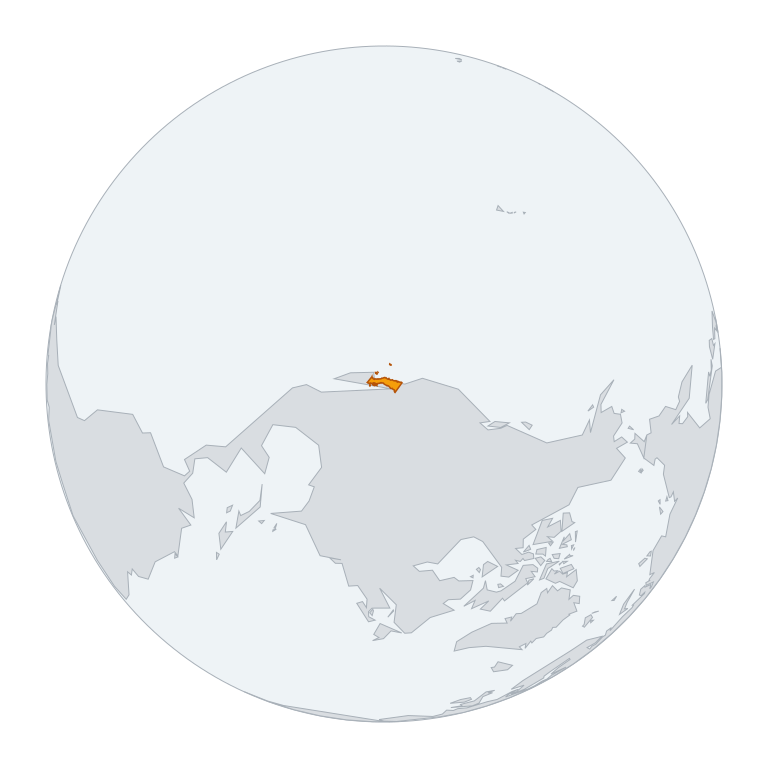 globe centered on Baja California, rotated 130°
{"feature_id": "MEX-2706", "entity_name": "Baja California", "entity_type": "State", "adm_level": 1, "iso_a3": "MEX", "parent_name": "Mexico", "parent_adm1": "", "projection": "orthographic", "projection_center": [-114.611, 30.356], "detail": "fine", "context": "on_globe", "style": "filled", "palette": "amber", "viewbox_px": 768, "rotation_deg": 130, "n_neighbors": 0, "source": "natural_earth", "source_scale": "10m", "svg_char_len": 13698}
<svg xmlns="http://www.w3.org/2000/svg" viewBox="0 0 768 768"><g transform="rotate(130 384 384)"><circle cx="384" cy="384" r="338" fill="#eef3f6" stroke="#a8b0b8"/><path d="M88.8,533.0L89.6,535.2L89.5,535.3L88.8,533.0ZM516.9,694.7L516.0,695.1L524.4,690.6L533.8,685.7L529.9,687.2L550.7,674.5L543.2,678.6L560.8,662.8L579.2,645.5L606.7,597.3L604.6,589.9L588.0,586.9L568.8,557.0L576.8,537.5L571.4,531.5L589.2,499.6L582.6,477.8L575.7,476.8L570.1,488.3L545.1,480.9L533.9,464.9L445.8,451.6L434.3,443.0L430.5,426.8L383.2,375.5L412.0,425.5L397.0,416.9L381.7,399.5L386.3,394.6L370.7,368.0L354.9,358.2L340.2,323.7L344.6,278.8L352.1,285.5L352.3,274.8L342.9,266.1L336.6,263.1L324.5,221.4L295.6,199.3L279.5,203.5L288.5,194.6L253.1,211.2L232.9,210.6L260.2,204.7L266.3,199.3L254.8,195.1L258.6,188.8L255.2,183.4L260.8,176.6L276.3,174.7L280.2,170.6L271.8,167.9L272.1,160.2L283.8,164.5L285.6,151.6L311.8,148.3L338.6,169.0L357.6,164.6L397.0,180.2L397.8,174.2L413.3,177.6L420.0,172.2L425.4,177.5L426.0,168.8L419.8,165.1L418.1,160.3L421.4,157.1L428.9,162.9L428.3,165.4L432.3,165.5L434.5,170.0L435.3,165.9L444.0,174.0L440.5,161.5L451.7,164.3L456.0,170.9L448.8,176.0L441.2,207.1L443.4,217.0L453.7,225.1L487.3,227.2L492.5,236.4L504.5,244.7L504.8,236.5L495.5,227.2L498.9,214.9L487.1,206.0L486.8,200.1L477.4,189.5L486.1,185.3L499.7,187.2L507.9,196.1L514.1,197.5L512.2,184.9L533.2,198.5L557.0,203.1L561.6,207.9L560.1,223.1L545.2,232.7L543.2,256.1L551.9,235.5L563.4,249.1L568.4,249.5L572.1,246.1L570.6,239.0L576.1,243.0L569.5,263.9L564.5,260.6L566.6,253.7L559.7,258.7L555.3,274.6L561.5,281.1L548.4,300.8L552.6,306.0L552.1,313.8L546.3,303.9L556.6,322.6L542.2,353.7L556.0,387.6L534.4,365.5L521.8,366.2L507.6,371.3L509.7,376.9L488.0,378.2L472.9,394.7L474.0,423.8L486.6,443.0L510.0,438.2L514.0,424.8L529.4,417.7L524.8,452.2L552.9,448.1L553.8,471.8L562.9,480.8L575.3,473.2L588.6,473.7L595.8,456.9L608.5,443.4L611.2,461.5L616.2,441.3L624.6,446.3L648.2,431.4L647.1,436.7L667.3,445.0L685.1,439.2L689.2,448.3L687.5,458.0L692.7,454.7L692.7,459.7L709.4,443.8L714.6,443.1L712.2,460.4L703.3,490.3L684.8,537.5L666.1,567.3L654.3,585.5L627.4,617.5L617.0,625.5L612.7,631.8L601.0,642.1L592.2,648.2L584.5,655.0L577.7,659.2L577.8,660.1L558.0,673.2L553.2,676.5L547.6,679.7L516.9,694.7ZM174.0,411.3L175.0,403.4L178.4,409.6L174.0,411.3ZM172.9,397.9L173.1,400.7L172.4,398.2L172.9,397.9ZM170.6,395.6L172.3,397.3L170.1,396.1L170.6,395.6ZM167.2,393.4L169.1,394.2L168.8,394.5L167.2,393.4ZM557.8,399.8L589.6,404.8L574.6,413.5L576.9,409.2L568.2,405.3L553.0,404.2L539.0,413.0L557.8,399.8ZM162.8,387.7L161.8,386.0L163.7,386.0L162.8,387.7ZM565.0,375.8L559.7,376.5L564.5,374.4L565.0,375.8ZM333.2,263.0L342.3,266.7L349.4,277.4L341.4,274.9L333.2,263.0ZM320.3,244.0L325.6,243.4L324.9,254.0L322.1,251.0L320.3,244.0ZM267.0,208.5L273.7,210.4L265.9,210.8L267.0,208.5ZM253.7,183.9L250.6,185.6L250.2,182.2L253.7,183.9ZM473.2,192.7L475.3,191.2L476.0,193.9L473.2,192.7ZM467.2,189.8L466.6,194.1L463.6,193.4L464.1,190.8L467.2,189.8ZM258.4,168.8L258.6,163.4L261.0,168.5L258.4,168.8ZM468.7,184.8L458.4,191.7L453.3,190.5L450.7,179.7L468.7,184.8ZM260.5,160.0L260.9,147.6L254.1,149.9L273.7,137.4L266.9,151.5L270.9,157.3L265.0,156.5L260.5,160.0ZM416.4,165.4L423.2,169.2L414.4,169.1L416.4,165.4ZM411.2,166.6L386.8,175.1L378.5,168.5L388.3,166.7L375.1,161.2L383.0,153.7L392.1,155.1L395.9,160.7L396.0,153.7L411.2,166.6ZM284.5,132.9L286.9,130.0L287.3,132.8L284.5,132.9ZM416.7,158.4L412.5,160.4L405.0,154.7L412.0,149.7L412.2,153.0L416.7,158.4ZM367.7,163.7L363.4,159.0L368.6,151.5L367.6,148.8L382.5,153.0L367.7,163.7ZM415.6,152.7L415.8,147.4L422.4,147.2L420.3,156.1L415.6,152.7ZM400.1,155.5L396.8,152.7L400.9,152.5L400.1,155.5ZM445.9,144.9L441.1,146.9L436.8,144.0L445.9,144.9ZM415.4,145.4L413.1,145.5L410.8,144.7L412.3,141.4L415.4,145.4ZM385.2,147.7L388.3,145.8L379.3,145.5L382.9,140.4L392.2,144.4L389.7,140.5L390.8,139.0L397.1,144.0L385.2,147.7ZM407.0,135.8L420.1,139.9L430.0,136.6L434.1,138.9L417.4,143.9L407.0,135.8ZM400.7,140.1L405.5,137.9L408.2,141.6L406.5,145.5L400.7,140.1ZM382.0,135.7L374.1,142.5L372.4,141.5L382.0,135.7ZM409.4,134.0L406.2,133.1L409.8,133.3L409.4,134.0ZM389.8,134.2L387.3,136.6L385.3,135.3L389.8,134.2ZM402.0,129.6L406.1,130.8L405.2,133.3L402.0,129.6ZM396.0,131.1L393.9,128.8L402.3,133.4L395.2,132.3L396.0,131.1ZM388.4,132.6L386.5,132.6L389.8,131.8L388.4,132.6ZM403.4,119.8L414.1,125.1L411.9,130.5L401.8,124.5L403.4,119.8ZM709.5,293.3L708.4,289.8L701.7,269.5L694.8,254.2L643.8,169.2L639.3,162.8L632.7,155.3L649.9,175.5L665.5,197.0L679.3,219.7L691.3,243.4L701.4,268.0L709.5,293.3ZM585.2,112.5L585.4,112.7L602.5,126.8L634.5,157.5L642.3,167.3L644.2,172.1L622.4,152.3L607.3,132.9L599.3,127.1L593.6,126.4L589.5,121.0L585.3,118.8L578.8,112.3L560.9,100.6L553.0,94.6L537.6,88.4L531.4,84.9L542.3,89.3L545.6,89.7L524.8,77.5L518.3,74.6L510.0,71.9L505.3,69.5L499.9,68.6L483.9,62.6L498.9,69.6L489.6,68.2L475.4,64.4L475.0,65.6L498.2,72.0L504.9,73.6L506.5,72.7L527.3,80.1L536.3,84.9L524.7,83.1L536.1,90.3L522.1,87.0L468.2,69.5L449.9,64.1L437.4,55.0L446.4,55.7L455.4,59.0L454.8,56.0L451.2,56.2L447.3,54.6L437.3,54.0L434.1,53.0L430.1,54.7L425.1,53.4L427.7,52.3L408.7,51.7L395.9,50.2L393.1,50.7L393.8,51.6L377.1,49.8L375.9,50.4L380.8,51.0L381.5,52.7L376.2,55.4L370.7,54.6L371.9,53.5L366.1,50.7L370.1,48.7L367.3,48.8L362.5,50.4L369.6,53.7L367.9,55.7L363.2,53.9L364.8,54.6L362.3,55.4L354.6,55.7L359.2,57.8L338.7,70.8L321.9,73.7L320.0,70.0L299.9,81.3L282.5,85.7L287.1,86.0L280.6,93.0L286.0,91.6L287.7,92.4L273.5,112.0L265.9,116.8L265.0,127.5L267.3,128.0L272.9,124.9L273.7,137.4L254.1,149.9L249.7,148.0L240.3,157.9L231.7,152.8L220.2,153.9L216.1,144.0L207.3,146.4L204.7,150.2L190.8,157.1L171.5,160.0L198.8,141.0L230.2,137.7L218.4,137.0L224.6,132.6L222.5,129.8L213.8,130.3L210.7,133.2L214.7,113.9L200.9,111.8L193.5,120.9L183.2,128.2L161.0,138.3L154.3,136.2L140.6,149.6L158.0,132.7L176.7,117.1L196.5,102.9L217.2,90.1L238.8,78.8L261.2,69.2L284.2,61.2L307.7,54.8L331.7,50.2L355.8,47.3L380.2,46.1L404.5,46.7L428.8,49.1L452.8,53.2L476.5,59.0L499.6,66.5L522.2,75.6L544.1,86.4L565.1,98.7L585.2,112.5ZM668.6,202.3L671.8,207.1L668.6,202.3ZM648.9,430.7L652.0,432.4L648.5,434.9L648.9,430.7ZM574.2,422.1L580.1,420.1L583.8,421.8L579.5,424.6L574.2,422.1ZM620.3,400.8L626.3,399.2L620.7,404.1L620.3,400.8ZM594.2,405.1L615.5,402.8L604.5,414.5L590.8,416.1L599.4,410.4L594.2,405.1ZM565.5,388.0L569.6,388.0L569.5,391.9L565.5,388.0ZM568.4,374.5L567.1,375.3L564.4,373.2L568.4,374.5ZM563.8,247.8L564.5,246.3L569.0,244.2L568.4,247.9L563.8,247.8ZM579.4,220.7L587.9,227.8L581.5,224.9L582.4,230.9L570.0,233.0L563.3,210.4L568.6,219.9L579.4,220.7ZM551.6,230.7L560.2,231.2L551.1,231.7L551.6,230.7ZM568.7,116.2L569.3,114.3L576.1,118.0L586.1,128.1L576.5,122.5L568.7,116.2ZM568.7,111.1L554.3,107.9L547.5,102.3L553.8,105.8L550.7,102.4L559.9,107.3L567.4,106.1L573.8,109.5L588.9,124.8L580.4,117.5L580.3,119.4L568.7,111.1ZM529.8,117.4L523.5,118.1L516.9,104.7L523.5,105.7L534.0,115.1L532.3,119.6L529.8,117.4ZM466.3,165.3L464.3,168.0L462.2,166.2L462.2,162.4L466.3,165.3ZM444.0,146.1L472.7,152.3L471.9,155.5L489.7,156.5L494.5,165.5L482.8,164.3L499.8,172.5L491.2,175.1L503.0,180.0L476.5,176.6L469.4,179.9L475.4,172.6L471.2,164.1L467.3,161.4L450.8,156.8L433.5,160.8L426.6,153.8L426.3,147.8L429.4,145.7L432.9,150.8L434.5,144.4L442.0,150.3L444.0,146.1ZM426.7,93.3L429.5,98.0L434.0,90.2L441.5,94.4L441.5,93.2L449.7,95.2L459.7,95.8L462.0,98.3L464.9,97.5L470.4,99.1L475.1,99.1L481.1,103.8L487.3,104.3L486.6,106.3L495.8,106.0L491.6,108.5L498.3,111.4L498.8,107.5L519.4,137.3L531.3,149.4L543.5,158.6L534.7,162.7L517.7,157.2L498.2,147.7L488.0,136.0L485.9,140.5L480.4,136.4L484.4,134.6L475.0,135.1L471.5,131.4L454.1,125.5L442.7,129.5L436.0,127.9L438.8,124.5L430.2,125.3L430.9,118.1L426.1,116.9L422.0,109.0L430.1,103.9L424.2,103.1L420.8,97.6L426.7,93.3ZM402.6,117.5L410.5,109.4L418.5,108.1L422.3,122.5L426.5,124.6L429.2,134.7L417.6,136.7L417.9,133.5L415.4,131.0L420.1,131.3L414.5,129.2L414.8,124.9L410.6,122.2L414.3,120.2L402.6,117.5ZM538.7,87.1L534.5,84.7L535.8,84.9L540.2,86.9L538.7,87.1ZM441.5,74.2L441.9,76.3L439.6,76.1L433.7,79.5L427.7,77.2L428.8,74.2L441.5,74.2ZM434.0,72.2L432.3,73.8L430.3,71.7L434.0,72.2ZM422.9,75.8L419.9,73.5L426.2,77.4L422.9,75.8ZM380.1,60.2L395.0,57.4L401.7,55.2L399.2,52.9L409.1,55.5L398.7,58.9L380.1,60.2ZM344.4,69.3L346.7,72.1L341.5,72.4L340.3,71.8L344.4,69.3ZM348.7,69.9L359.3,70.7L357.9,73.4L349.8,72.2L348.7,69.9ZM397.1,69.4L401.9,68.6L403.4,70.2L397.1,69.4ZM85.6,532.9L88.8,538.7L86.3,535.7L85.6,532.9ZM89.5,535.3L86.4,532.0L88.8,533.0L89.5,535.3ZM65.9,497.5L67.6,502.0L67.4,501.7L65.9,497.5ZM65.1,495.3L64.3,492.7L65.7,496.9L65.1,495.3ZM54.1,457.1L54.0,456.7L54.6,459.2L54.2,457.5L54.1,457.1ZM51.6,445.1L51.0,441.5L52.9,451.6L51.6,445.1ZM122.1,170.4L125.3,166.6L122.5,170.2L120.4,172.7L120.9,171.9L122.1,170.4ZM130.0,161.1L125.1,167.7L129.3,163.8L128.7,166.7L136.6,159.7L138.0,160.2L129.3,168.9L117.2,179.7L123.1,169.6L127.0,164.5L130.0,161.1ZM140.3,156.5L153.8,148.1L146.2,158.7L141.5,162.9L138.5,162.1L142.7,156.4L140.3,156.5ZM154.9,149.4L159.1,144.2L187.8,126.0L192.0,125.1L166.1,143.1L168.7,139.4L162.9,142.3L154.9,149.4ZM283.5,130.0L286.6,130.0L283.1,131.9L283.5,130.0ZM290.8,91.5L292.6,93.0L288.5,94.8L290.8,91.5ZM295.2,98.2L298.7,95.1L297.3,98.7L295.2,98.2ZM305.9,88.4L301.1,94.0L302.4,88.3L305.9,88.4Z" fill="#d9dde1" stroke="#a8b0b8" stroke-width="1"/><path d="M383.4,370.1L383.4,370.4L383.2,370.6L383.0,370.8L383.1,371.1L383.0,371.3L382.9,371.4L382.5,371.4L382.4,371.5L382.2,371.9L382.2,372.2L382.2,372.3L381.9,372.6L382.1,373.1L382.3,373.5L382.2,373.8L382.3,374.0L382.4,374.8L382.1,374.7L381.9,374.5L382.0,374.8L382.3,374.9L382.5,375.1L382.8,375.4L382.9,375.5L383.0,376.0L383.2,376.3L383.1,376.5L382.9,376.7L382.8,377.1L382.8,377.9L382.7,378.3L382.7,378.6L382.6,379.2L382.6,379.5L383.0,379.9L382.9,380.0L382.9,380.3L383.4,380.5L383.5,380.7L383.5,381.0L383.6,381.3L383.5,381.5L383.5,381.9L383.6,382.1L383.6,382.3L383.8,382.8L383.8,383.0L383.9,383.4L383.9,383.6L383.9,383.9L383.9,384.0L383.8,384.4L383.9,384.5L383.7,384.9L383.8,385.0L383.9,385.4L384.0,385.4L384.2,385.7L384.2,385.8L384.4,386.3L384.7,386.4L384.7,386.6L384.8,386.6L385.0,386.8L385.0,387.0L385.1,387.4L385.3,387.5L385.5,387.6L385.7,387.4L386.1,387.6L386.3,387.9L386.6,388.1L386.8,388.3L386.9,388.5L387.0,388.5L387.7,389.1L387.8,389.3L388.0,389.3L388.3,389.6L388.8,390.1L389.0,390.3L389.1,390.5L388.9,390.7L388.9,390.8L389.0,390.8L389.1,391.0L389.3,391.2L389.5,391.7L389.4,391.9L389.5,392.1L389.4,392.3L389.6,392.6L389.9,392.6L389.8,392.4L390.0,392.3L390.1,392.2L390.1,392.3L390.3,392.3L390.3,392.5L390.5,392.7L390.4,392.7L390.4,392.9L390.4,393.0L390.5,393.0L391.0,392.9L391.2,393.0L391.3,393.2L391.3,393.5L391.5,394.0L391.7,394.3L391.8,394.9L391.9,395.0L392.1,395.0L392.3,395.1L392.5,395.1L392.9,395.0L393.0,395.2L393.0,395.3L393.2,395.2L393.2,395.3L393.1,395.6L393.0,395.9L393.0,396.2L393.5,396.7L393.4,396.9L393.4,397.1L393.5,397.4L393.4,397.6L393.5,397.8L386.9,397.9L387.0,397.7L386.9,397.6L386.7,397.6L386.7,397.3L386.6,397.2L386.9,396.7L386.8,396.4L386.7,396.5L386.5,396.4L386.8,395.9L386.9,395.2L386.8,394.8L386.7,394.6L386.3,394.6L386.4,394.2L385.9,394.0L385.7,393.8L385.6,393.7L385.4,393.6L385.4,393.4L385.3,393.2L385.2,393.1L385.1,392.9L385.0,392.7L384.9,392.7L384.7,392.4L384.4,392.4L384.3,392.1L384.2,392.1L384.0,391.8L383.9,391.4L383.6,391.3L383.4,391.3L383.3,390.9L383.1,390.9L382.1,389.8L381.5,389.5L381.0,389.5L380.8,389.1L380.5,388.9L380.1,388.7L379.7,388.3L379.3,388.2L379.0,387.9L378.8,387.9L378.4,387.5L378.5,387.1L378.4,386.7L378.2,386.4L377.9,386.3L378.0,385.8L378.0,385.5L377.9,385.2L378.0,384.9L377.9,384.4L377.8,384.0L377.5,383.8L377.3,383.7L377.1,383.7L377.3,383.5L377.3,383.4L377.2,383.2L377.1,383.4L377.1,383.5L376.9,383.4L376.9,383.5L377.0,383.6L377.0,383.9L376.9,383.9L376.8,383.5L376.7,383.2L376.8,382.4L376.8,381.7L376.7,381.3L376.4,381.2L376.2,381.0L375.7,380.4L375.4,380.4L375.3,380.2L375.4,379.3L375.3,378.8L374.7,378.1L374.5,377.6L374.3,377.5L374.0,377.3L374.0,377.2L373.6,376.8L373.6,376.7L373.8,376.7L373.7,376.6L373.8,376.2L373.7,376.0L373.4,375.9L373.3,375.7L373.5,375.7L373.7,375.8L373.8,375.8L373.9,375.6L374.0,375.1L373.9,375.1L373.7,375.0L373.6,374.9L373.3,374.7L373.3,374.4L373.2,374.3L372.8,374.3L372.7,374.1L372.6,373.4L372.5,372.9L372.3,372.7L372.0,372.6L371.5,371.5L371.5,371.3L371.5,371.0L383.4,370.1ZM391.5,391.6L391.8,391.6L391.7,391.8L391.7,392.0L391.5,391.8L391.3,391.8L391.3,391.7L391.0,391.5L390.9,391.3L390.8,391.1L390.5,391.0L390.4,390.9L390.2,390.7L390.1,390.4L389.8,390.3L389.7,390.3L389.7,390.0L389.4,389.7L389.3,389.3L389.4,389.0L389.3,388.8L389.5,388.8L389.6,388.7L389.6,388.8L389.8,388.8L390.1,389.1L390.2,389.3L390.4,389.6L390.5,389.7L390.4,389.8L390.4,390.1L390.5,390.2L390.8,390.3L391.3,390.2L391.4,390.3L391.4,390.8L391.4,391.2L391.5,391.6ZM381.0,395.9L381.0,396.0L381.1,396.3L381.1,396.6L381.2,397.1L381.0,397.3L381.0,397.5L380.9,397.7L380.7,397.6L380.5,397.4L380.4,397.3L380.2,397.4L380.2,397.5L380.1,397.4L380.1,397.2L380.7,396.5L380.6,396.1L380.7,395.8L380.9,395.7L381.0,395.8L381.0,395.9ZM365.3,391.2L365.4,391.3L365.4,391.6L365.4,391.9L365.4,392.2L365.2,392.4L365.0,392.5L365.0,392.4L365.0,392.1L365.0,391.9L364.9,391.8L365.0,391.7L364.9,391.4L364.7,391.3L364.7,391.0L364.7,390.9L364.8,390.7L365.0,390.7L365.1,390.8L365.2,391.1L365.3,391.2ZM394.3,393.5L394.6,393.5L394.6,393.8L394.4,393.9L394.3,393.5ZM386.1,397.9L386.5,397.4L386.6,397.6L386.4,397.8L386.1,397.9ZM392.9,393.8L393.1,393.9L393.3,394.1L393.6,394.3L393.4,394.4L393.4,394.2L393.2,394.0L392.9,393.8ZM386.7,397.9L386.6,397.7L386.8,397.9L386.7,397.9ZM389.6,391.4L389.7,391.6L389.8,391.8L389.7,391.7L389.6,391.4ZM385.0,386.2L385.1,386.3L385.0,386.2ZM378.9,396.0L379.0,396.0L378.9,396.1L378.9,396.0ZM370.8,371.7L370.9,371.9L370.8,371.7Z" fill="#f59e0b" stroke="#b45309" stroke-width="1.5"/></g></svg>